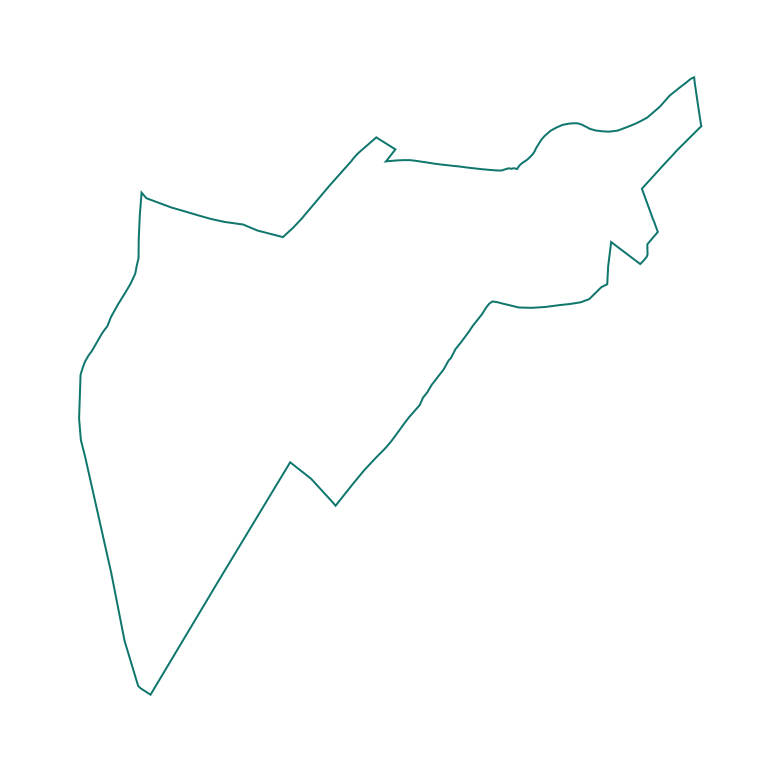 San Lorenzo Axocomanitla, Tlaxcala, Mexico (Albers equal-area conic projection), rotated 3°
{"feature_id": "50627088B69259006758588", "entity_name": "San Lorenzo Axocomanitla", "entity_type": "district", "adm_level": 2, "iso_a3": "MEX", "parent_name": "Mexico", "parent_adm1": "Tlaxcala", "projection": "albers", "projection_center": [-98.255, 19.215], "detail": "fine", "context": "isolated", "style": "outline", "palette": "teal", "viewbox_px": 768, "rotation_deg": 3, "n_neighbors": 0, "source": "geoboundaries", "source_scale": "gbopen_adm2", "svg_char_len": 2485}
<svg xmlns="http://www.w3.org/2000/svg" viewBox="0 0 768 768"><g transform="rotate(3 384 384)"><path d="M84.2,455.8L89.2,471.8L121.7,587.7L138.4,654.2L154.3,698.4L156.8,700.6L167.1,706.5L228.4,590.5L294.4,467.1L316.2,482.5L338.8,504.7L342.0,508.1L357.3,486.6L368.7,471.2L379.2,458.7L388.9,447.8L391.9,443.9L394.1,441.0L398.7,434.1L407.0,421.3L410.9,415.7L420.9,403.0L423.6,395.7L427.6,390.2L431.5,382.6L442.8,366.3L447.3,357.1L449.4,354.7L453.6,345.4L458.2,339.1L465.8,327.7L469.6,321.3L478.4,308.9L481.5,303.1L484.8,298.4L487.9,295.9L492.5,296.3L499.9,297.8L503.9,298.5L514.5,300.5L516.5,300.5L520.9,300.4L527.6,300.2L531.0,299.8L541.3,298.6L555.8,295.9L565.4,294.4L576.2,292.1L583.1,289.1L584.5,288.5L596.0,275.9L601.7,272.7L601.7,271.1L601.7,266.8L601.7,254.9L603.4,230.3L604.6,231.1L607.9,233.4L633.6,250.8L637.4,246.4L639.7,243.2L640.2,241.6L640.4,240.4L639.7,231.7L639.8,230.5L649.5,217.8L648.5,215.4L647.0,212.1L646.8,211.5L645.4,208.1L644.2,205.8L639.4,194.5L634.9,183.9L631.3,175.5L651.1,151.3L659.9,140.8L660.7,139.8L664.2,135.5L685.0,112.5L687.5,110.0L687.0,108.8L686.4,105.6L685.3,100.4L681.5,81.7L678.3,65.7L677.7,61.5L674.5,63.1L670.3,66.9L667.4,69.4L664.2,72.1L654.2,81.0L645.1,92.5L632.9,104.2L625.3,108.8L621.4,110.9L617.5,112.8L612.6,115.0L604.4,118.6L601.0,119.3L594.8,120.3L589.2,120.2L582.4,119.8L576.1,118.4L573.5,117.1L571.0,116.0L568.2,114.7L565.1,113.9L562.9,113.5L558.8,113.8L554.6,114.4L548.5,116.0L543.3,118.6L537.2,122.3L531.5,127.8L528.4,131.7L523.7,140.2L523.2,141.3L522.4,143.5L520.4,146.9L518.4,149.2L515.4,152.4L510.7,155.9L507.9,158.6L505.6,162.4L503.3,161.8L501.5,161.9L500.2,162.4L499.4,162.3L498.0,162.1L496.7,162.2L490.6,164.5L488.6,164.8L483.2,164.8L479.4,164.7L477.2,164.6L471.2,164.4L456.0,163.5L447.2,162.8L442.3,162.6L434.6,162.1L433.6,162.1L423.6,161.4L414.8,160.5L403.4,159.4L398.1,159.1L392.0,159.4L385.6,160.0L379.2,160.9L375.4,161.4L374.3,161.6L375.0,160.7L383.1,149.1L364.0,138.5L363.4,138.1L353.5,147.7L346.9,154.1L344.7,156.5L341.2,160.9L339.7,163.2L327.5,178.4L319.7,188.1L308.2,203.3L294.7,221.1L293.7,222.5L290.1,226.8L285.4,232.3L275.8,242.2L275.4,242.6L249.7,237.4L234.9,232.1L216.3,230.5L201.9,228.1L191.3,225.7L161.8,218.7L137.0,210.9L131.9,205.6L131.3,229.0L131.5,252.2L132.3,271.0L130.9,278.8L129.8,286.9L125.5,297.5L120.7,306.6L113.9,319.0L107.8,331.5L104.8,340.6L102.5,343.9L99.7,348.3L90.4,366.6L87.5,370.9L84.3,377.2L82.6,382.5L80.5,390.5L81.3,434.4L84.2,455.8Z" fill="none" stroke="#0f766e" stroke-width="2"/></g></svg>